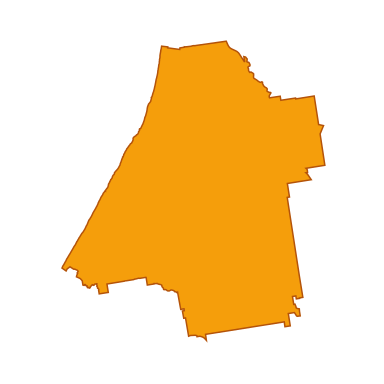 the district of Capel, Western Australia, Australia, rotated 351°
{"feature_id": "25037944B63911738750692", "entity_name": "Capel", "entity_type": "district", "adm_level": 2, "iso_a3": "AUS", "parent_name": "Australia", "parent_adm1": "Western Australia", "projection": "albers", "projection_center": [115.572, -33.527], "detail": "fine", "context": "isolated", "style": "filled", "palette": "amber", "viewbox_px": 384, "rotation_deg": 351, "n_neighbors": 0, "source": "geoboundaries", "source_scale": "gbopen_adm2", "svg_char_len": 5830}
<svg xmlns="http://www.w3.org/2000/svg" viewBox="0 0 384 384"><g transform="rotate(351 192 192)"><path d="M184.8,43.2L183.9,46.0L183.4,47.0L183.0,48.4L182.1,51.0L181.7,52.3L181.4,54.1L180.6,56.2L180.4,57.4L180.0,58.4L180.0,58.9L179.7,60.1L179.1,61.2L178.5,63.4L178.0,64.7L177.7,66.0L177.3,66.8L176.9,68.5L176.4,70.0L175.6,72.1L175.2,73.0L174.8,74.1L174.5,74.6L174.2,75.3L173.3,77.9L172.9,79.0L172.6,79.8L172.4,80.5L171.5,82.6L170.9,84.2L169.7,86.9L168.9,88.3L167.6,91.2L167.2,91.8L166.9,92.0L166.6,92.2L166.6,93.1L166.5,93.3L165.3,96.1L164.7,96.7L163.9,97.5L162.9,98.3L162.6,98.7L162.4,99.4L161.9,100.0L161.6,100.5L160.9,102.3L160.5,103.8L159.9,105.5L159.1,107.3L158.1,109.5L157.1,111.0L156.1,113.6L155.8,114.1L154.1,117.2L153.6,117.8L152.5,119.4L151.8,120.4L151.5,120.9L151.1,121.3L150.8,121.4L150.1,121.4L149.9,121.7L149.8,121.9L149.9,122.5L149.7,123.1L149.3,123.5L148.7,124.0L148.6,124.6L148.1,125.5L147.8,126.0L146.8,126.7L146.1,126.9L145.6,127.5L145.3,127.7L143.8,128.3L142.9,128.9L142.4,129.4L142.1,130.1L142.1,131.0L141.2,132.7L140.3,133.7L140.1,134.1L139.9,134.3L139.0,134.6L138.6,134.9L138.1,135.6L136.4,137.1L135.8,137.9L134.2,139.3L133.7,140.3L132.4,141.6L131.6,143.0L130.5,144.2L130.2,145.2L129.8,145.8L129.5,146.3L129.4,146.4L129.2,146.4L129.0,146.5L128.9,147.3L128.4,147.7L128.3,147.8L128.2,148.3L127.8,148.8L126.9,150.6L126.6,151.2L125.7,152.6L125.1,154.1L124.9,154.4L124.3,155.1L122.7,157.2L121.2,158.5L119.8,159.6L118.6,160.7L118.4,160.9L118.2,161.9L117.6,162.6L117.0,162.9L116.1,163.9L115.9,164.2L115.3,165.6L114.3,166.7L113.7,167.0L113.5,167.5L112.7,168.6L112.3,169.1L111.8,170.0L110.8,171.1L110.7,171.4L110.5,172.1L110.3,172.6L110.1,173.2L109.7,173.9L108.8,175.0L108.4,175.2L107.3,176.4L106.8,176.8L106.6,177.0L106.6,177.3L106.5,177.2L106.4,177.3L106.0,177.6L105.2,178.5L104.1,179.4L103.4,180.7L101.6,182.6L100.6,184.0L100.0,185.1L99.7,185.4L99.2,186.0L98.6,186.7L98.3,187.4L97.9,187.7L97.2,189.1L95.9,191.0L95.3,191.7L94.3,193.1L91.0,197.1L90.1,198.5L89.2,199.8L88.6,200.6L87.3,202.1L86.9,202.7L86.3,203.1L85.9,203.6L85.5,204.1L83.2,208.0L82.5,208.7L80.5,211.7L78.5,214.1L77.7,214.9L76.8,215.6L74.9,217.8L74.4,218.5L73.1,219.8L72.6,220.6L71.7,221.6L71.1,222.5L70.5,223.0L68.5,225.9L67.0,227.4L66.0,228.7L65.3,229.6L63.4,231.9L61.8,233.9L60.9,234.9L58.7,237.6L57.6,238.8L57.3,239.3L57.0,239.9L55.9,241.2L54.0,243.7L52.8,245.0L51.7,246.8L55.3,250.3L56.7,248.4L59.8,246.8L63.0,249.7L64.2,249.9L66.4,251.3L67.2,252.5L65.9,254.0L66.3,254.5L65.1,256.4L64.6,257.7L67.5,259.6L68.2,260.2L69.7,262.5L69.7,266.9L70.8,267.4L71.1,267.3L71.1,267.0L71.2,266.8L71.3,266.7L71.9,266.6L72.1,266.7L72.3,266.9L72.2,267.2L72.2,267.4L72.7,267.8L72.9,268.2L73.3,268.1L73.6,268.3L73.6,268.5L73.8,268.6L73.6,269.4L73.9,269.9L73.9,270.1L74.1,270.1L74.4,270.0L74.9,270.1L75.3,270.8L75.7,270.9L76.0,270.7L76.3,270.7L76.6,270.3L76.5,270.1L76.7,269.8L76.9,269.8L77.9,268.8L78.6,268.5L79.0,267.9L79.3,268.0L79.6,268.3L79.8,268.3L80.0,268.6L80.3,268.8L80.8,268.6L81.2,268.1L81.4,267.8L81.7,267.8L82.1,267.7L83.0,268.0L83.3,267.9L83.4,267.7L83.7,267.8L83.8,267.9L83.7,268.1L83.2,268.5L83.5,269.4L83.7,269.6L83.7,269.8L83.5,270.3L83.3,270.5L83.6,270.9L83.8,271.3L83.7,272.1L83.7,272.3L84.0,272.5L84.3,272.6L84.7,273.6L84.4,274.4L84.4,278.1L93.6,278.1L93.6,269.6L111.3,269.5L111.7,269.3L113.6,269.4L120.8,269.4L121.6,269.1L123.0,269.1L125.8,268.8L126.9,269.1L133.0,269.1L133.3,269.2L133.3,276.9L139.8,276.9L139.8,276.6L140.2,276.4L140.6,276.8L141.2,276.7L142.6,276.9L143.0,276.8L143.2,277.0L143.6,277.0L143.9,277.3L144.2,277.7L144.8,277.8L145.6,278.2L146.7,278.6L147.6,279.4L147.5,280.0L147.7,281.1L148.5,282.2L148.8,283.4L148.7,283.8L148.9,284.0L149.3,284.1L150.8,284.3L151.6,284.9L151.9,285.4L152.6,285.9L153.8,286.1L154.4,286.1L155.5,285.6L156.1,285.5L157.8,286.1L159.1,287.1L159.2,287.6L159.5,287.7L159.6,287.9L160.4,288.0L160.6,288.2L160.9,288.5L161.5,289.2L161.7,289.3L162.1,288.9L162.5,306.2L165.8,306.1L165.8,308.0L163.9,308.0L164.1,315.4L165.9,315.4L166.1,333.9L168.1,333.5L172.7,334.0L174.3,334.6L174.3,335.7L177.2,335.7L178.4,336.2L179.9,337.0L181.3,338.2L183.0,340.8L183.1,334.7L262.8,334.7L262.7,339.6L268.1,339.6L268.1,327.1L274.2,327.1L274.8,328.2L276.1,331.3L276.1,331.2L279.5,331.3L279.5,326.7L279.7,324.2L277.7,323.5L276.8,322.8L276.7,321.2L276.1,318.8L274.9,318.9L274.9,310.9L278.3,310.9L278.3,313.9L281.6,313.9L281.6,313.4L285.0,313.4L284.9,290.9L285.2,212.2L287.5,212.2L287.5,198.5L311.7,198.5L309.0,192.8L308.4,191.9L307.5,190.8L309.2,190.8L309.3,188.9L309.2,187.5L308.3,186.4L327.4,186.4L327.6,154.7L332.3,147.0L327.6,145.2L327.7,116.3L309.0,116.3L309.0,115.4L294.1,115.3L294.1,111.2L283.3,111.1L283.2,110.8L283.2,109.7L283.3,109.2L284.1,108.1L285.3,106.7L285.4,106.4L285.4,106.2L285.0,105.9L283.6,105.6L282.8,104.9L282.3,104.6L282.0,104.3L281.9,104.1L281.9,103.6L282.1,103.1L282.4,102.2L282.4,101.8L281.8,100.8L280.4,99.7L279.8,99.0L279.4,98.3L278.6,96.0L278.8,95.0L278.8,94.6L278.5,94.3L278.1,94.1L276.9,94.4L276.0,94.1L275.2,93.3L274.7,93.0L274.2,92.3L273.2,91.3L271.7,90.0L271.3,89.8L271.0,89.5L270.8,88.7L270.7,88.0L271.1,86.8L271.1,85.8L271.4,85.2L271.3,84.9L270.9,84.3L269.0,82.7L268.7,82.7L268.3,82.9L267.7,82.9L267.4,82.3L266.9,81.1L266.9,80.7L267.1,79.0L266.8,78.3L266.8,77.5L266.9,77.4L267.1,77.1L269.0,76.4L269.1,75.9L269.2,75.1L268.5,73.0L268.3,72.8L267.1,72.3L266.6,71.9L266.6,71.7L266.9,71.0L266.9,70.5L267.2,69.8L267.3,69.3L267.0,68.7L266.5,68.2L266.4,67.6L266.1,67.2L265.5,66.8L264.6,66.5L264.4,66.4L264.4,68.9L264.4,69.0L264.4,71.2L264.4,71.3L264.0,71.3L260.4,63.2L259.7,61.8L258.3,60.2L257.4,59.5L253.7,57.0L252.8,56.3L252.2,55.7L251.6,55.0L251.1,54.0L250.6,52.9L249.4,48.4L218.6,47.9L217.7,48.0L217.3,47.9L217.0,47.7L214.9,47.7L214.2,47.9L209.4,47.7L207.4,47.5L207.2,47.4L207.1,47.8L202.6,47.8L202.2,49.3L190.5,45.8L190.8,44.9L184.8,43.2Z" fill="#f59e0b" stroke="#b45309" stroke-width="1.5"/></g></svg>